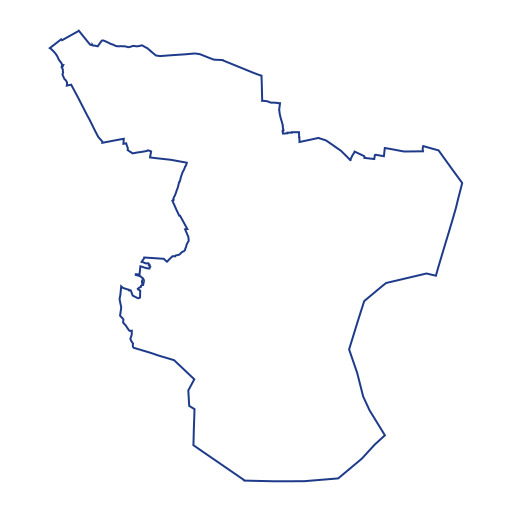 the district of Raalte, Overijssel, Netherlands
{"feature_id": "6326949B71702819587140", "entity_name": "Raalte", "entity_type": "district", "adm_level": 2, "iso_a3": "NLD", "parent_name": "Netherlands", "parent_adm1": "Overijssel", "projection": "orthographic", "projection_center": [6.247, 52.387], "detail": "fine", "context": "isolated", "style": "outline", "palette": "blue", "viewbox_px": 512, "rotation_deg": 0, "n_neighbors": 0, "source": "geoboundaries", "source_scale": "gbopen_adm2", "svg_char_len": 5708}
<svg xmlns="http://www.w3.org/2000/svg" viewBox="0 0 512 512"><path d="M78.8,30.7L78.4,31.1L69.2,36.2L62.1,40.2L61.2,39.3L49.8,48.1L51.1,49.0L52.3,50.1L53.6,51.4L55.1,53.1L56.3,54.7L56.9,55.6L57.6,56.9L58.6,59.2L59.2,60.2L61.1,62.7L61.7,63.6L62.0,64.4L62.5,64.9L63.0,65.0L62.9,65.1L62.8,65.7L62.8,66.2L62.0,66.2L62.0,66.4L61.7,66.5L61.7,67.1L61.7,67.4L62.7,69.1L62.9,69.9L62.8,71.3L63.1,72.2L63.1,72.6L63.0,73.0L62.6,73.9L62.5,74.4L62.5,74.6L64.2,78.6L64.7,79.3L65.2,79.7L65.7,80.2L66.2,80.9L66.9,82.2L67.0,82.7L67.1,83.8L67.0,84.6L66.8,85.6L71.2,84.7L78.4,98.2L84.9,110.9L87.7,116.3L89.0,118.6L92.1,124.8L94.3,129.3L98.0,136.5L98.4,137.1L102.2,141.4L102.4,141.8L102.3,142.8L119.6,139.5L123.8,138.8L123.4,143.8L126.2,143.3L126.5,144.6L127.7,147.8L127.8,148.3L127.8,149.1L127.7,150.1L132.5,153.3L132.8,153.3L133.5,153.2L134.7,153.0L135.7,152.8L137.4,152.5L138.2,152.3L139.8,152.2L146.8,151.0L147.3,150.7L147.5,150.4L148.0,150.4L149.3,150.8L150.0,150.8L150.3,151.1L151.1,151.5L150.0,157.4L153.6,157.9L170.9,159.8L186.8,162.7L186.7,163.1L186.1,165.2L185.9,165.7L185.2,166.4L184.8,167.7L184.5,168.3L184.3,168.9L183.5,170.6L183.1,171.2L182.5,172.5L181.7,174.7L181.0,176.8L180.6,178.1L180.5,179.1L179.6,181.8L179.4,181.8L178.9,182.7L178.9,182.9L178.9,183.2L177.7,187.9L177.0,189.6L176.1,192.1L176.1,192.4L175.1,194.9L174.9,195.5L174.6,196.0L174.2,196.7L173.3,198.9L173.7,199.9L173.2,200.4L173.0,200.8L172.0,200.0L174.5,205.4L176.2,209.3L178.3,213.7L179.0,215.3L179.2,215.7L180.1,215.8L187.3,229.0L185.8,229.1L185.1,229.3L186.5,232.6L188.3,236.8L188.4,237.1L188.7,240.9L187.9,242.1L186.7,244.5L186.5,244.9L186.1,247.1L185.6,247.9L185.2,248.8L185.2,249.5L185.1,249.9L184.9,250.2L183.8,251.3L182.9,251.6L181.8,252.2L181.0,253.0L179.7,254.3L179.3,254.6L176.9,255.3L175.8,255.4L175.3,255.8L175.1,256.3L172.5,256.2L171.6,257.1L169.2,259.4L167.8,260.9L167.0,261.7L165.9,260.8L163.8,258.8L144.2,257.5L144.0,258.3L143.6,259.1L142.8,260.0L142.4,260.8L141.7,261.7L141.6,261.9L141.9,262.0L142.0,262.1L142.4,262.1L143.0,262.2L146.0,263.5L147.6,263.2L148.2,263.2L149.0,264.1L148.8,265.2L149.8,265.3L149.7,266.5L150.2,266.9L149.8,267.3L149.5,267.7L149.4,268.1L149.4,268.5L148.1,268.4L146.2,268.1L145.1,267.8L143.3,267.2L142.0,266.7L140.4,266.3L139.5,274.6L138.6,274.4L135.8,274.2L135.7,274.9L137.3,275.3L140.7,276.4L140.9,276.6L141.7,277.5L142.2,277.9L142.7,278.1L142.8,278.2L143.0,278.4L143.7,279.8L142.8,280.0L142.3,280.3L141.9,281.4L142.0,282.0L142.1,282.8L142.5,282.7L143.7,282.2L143.2,284.4L143.2,284.8L143.1,285.0L141.8,285.1L141.0,285.9L141.0,286.8L140.4,287.2L139.6,287.4L137.8,288.8L138.0,289.3L139.1,290.0L140.2,290.6L140.0,297.6L138.1,298.3L132.7,295.6L132.5,295.1L131.0,291.0L130.7,290.4L130.3,290.2L129.1,290.5L128.9,290.4L128.6,289.6L127.8,289.5L126.6,289.1L122.9,287.9L121.2,286.3L120.7,291.5L120.4,294.6L119.6,298.8L119.7,299.7L119.9,301.0L121.2,307.2L121.2,307.7L120.3,314.2L120.1,315.2L120.1,315.7L120.4,316.1L122.7,318.5L123.4,319.4L123.1,322.4L123.1,322.6L123.6,323.1L124.0,323.4L124.4,324.2L125.2,324.7L128.2,329.2L129.4,330.7L129.6,330.8L129.9,330.9L131.8,330.7L131.8,331.8L131.7,334.7L130.6,338.2L130.5,338.5L130.4,338.7L130.4,338.9L131.2,340.9L131.7,341.7L133.0,343.5L132.8,345.2L133.0,347.3L133.0,347.5L132.8,347.6L133.1,347.6L150.1,352.7L153.8,353.9L156.3,354.8L161.3,356.4L167.9,358.3L174.1,360.2L194.3,379.3L190.9,385.6L188.3,390.4L188.8,399.2L189.2,405.9L194.1,408.9L194.5,409.1L194.3,416.0L193.8,430.3L193.6,439.5L193.4,445.2L201.6,450.9L239.9,477.2L243.7,479.8L243.6,480.0L244.3,480.6L274.9,481.3L304.2,481.2L338.2,478.4L361.4,459.0L362.6,457.8L374.7,444.6L384.9,435.3L369.6,410.4L363.2,396.6L357.2,373.0L349.1,349.4L358.0,320.5L364.2,301.1L381.7,286.5L386.1,283.0L426.5,273.5L435.9,275.7L438.5,266.5L443.4,250.1L448.6,232.9L452.1,221.2L455.3,210.1L456.1,207.2L457.8,200.2L458.4,197.8L459.9,192.0L462.2,183.0L452.4,169.6L439.0,151.0L438.6,150.4L423.2,146.1L422.8,147.7L422.7,148.3L422.7,149.2L423.0,151.3L403.9,151.5L392.3,149.3L384.8,148.0L383.9,156.2L375.8,154.8L375.3,154.8L374.9,155.1L374.8,155.3L374.3,158.9L374.0,158.9L374.0,159.0L364.4,157.9L364.5,157.0L364.5,156.7L364.4,156.4L364.1,156.1L354.6,151.6L353.6,153.7L352.8,154.7L350.5,159.3L350.4,159.6L350.6,159.9L350.3,160.1L349.5,159.4L347.8,157.5L341.0,150.8L336.9,148.0L337.0,148.0L326.6,140.8L326.1,140.5L325.7,140.3L319.1,138.2L318.7,137.9L299.5,142.0L299.4,137.4L299.1,137.4L299.1,136.9L299.1,136.7L299.0,132.4L298.8,132.4L298.8,132.2L291.8,132.2L291.8,132.7L287.5,132.7L287.5,133.3L283.0,133.6L282.8,131.8L282.7,131.8L282.7,131.6L282.6,130.6L283.5,130.4L282.7,126.5L282.9,125.8L282.1,122.9L281.6,121.0L280.9,118.8L280.4,116.9L279.8,114.3L279.7,113.3L279.5,112.7L279.5,111.9L279.3,110.5L279.1,110.3L280.0,103.2L277.8,103.1L277.6,102.9L276.2,102.8L275.9,102.9L274.1,102.6L271.4,102.7L270.8,102.6L267.6,101.4L266.6,101.2L265.8,101.0L262.1,100.8L262.2,100.4L262.1,97.5L262.1,97.3L262.0,92.7L261.9,89.0L261.9,88.3L261.8,84.9L261.7,81.4L261.7,81.0L261.5,76.4L261.5,75.7L258.4,74.7L252.9,72.6L223.7,60.7L222.7,60.3L222.7,60.1L221.5,60.0L214.5,59.7L213.8,59.6L209.5,58.0L200.2,54.3L199.4,54.1L195.2,53.5L194.3,53.5L185.4,54.3L168.9,55.4L160.1,56.1L159.4,56.0L156.0,55.5L150.8,51.3L150.9,51.2L148.2,49.0L147.4,48.2L145.9,47.5L145.3,47.2L144.8,46.9L143.1,45.9L142.1,45.4L141.3,45.4L141.0,45.5L140.3,45.8L138.1,46.2L137.0,46.3L136.3,46.3L135.3,46.1L133.1,45.9L132.5,46.0L131.4,46.5L130.3,46.8L128.3,47.2L128.0,47.2L126.7,46.7L124.9,46.4L123.9,46.2L122.8,46.3L122.2,46.3L120.9,46.1L119.3,46.3L118.1,46.3L117.0,46.2L115.6,45.9L113.2,44.7L110.7,43.9L107.4,42.2L104.2,40.8L103.3,40.5L101.8,40.6L97.7,46.3L94.1,45.5L93.8,45.6L92.7,45.4L92.5,45.1L92.5,45.3L90.6,44.8L90.1,44.6L89.8,44.3L78.8,30.7Z" fill="none" stroke="#1e3a8a" stroke-width="2"/></svg>